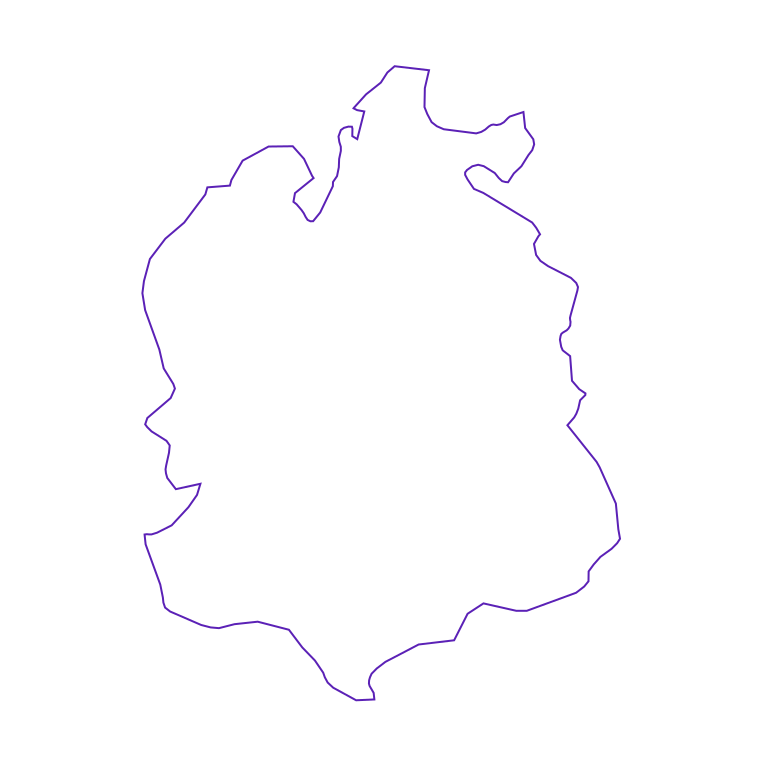 SVG path tracing the border of Zürich, rotated 5°
{"feature_id": "CHE-176", "entity_name": "Zürich", "entity_type": "Canton", "adm_level": 1, "iso_a3": "CHE", "parent_name": "Switzerland", "parent_adm1": "", "projection": "orthographic", "projection_center": [8.664, 47.43], "detail": "fine", "context": "isolated", "style": "outline", "palette": "violet", "viewbox_px": 768, "rotation_deg": 5, "n_neighbors": 0, "source": "natural_earth", "source_scale": "10m", "svg_char_len": 2558}
<svg xmlns="http://www.w3.org/2000/svg" viewBox="0 0 768 768"><g transform="rotate(5 384 384)"><path d="M336.0,142.4L340.6,114.2L333.3,113.5L329.6,112.0L329.7,111.8L340.9,97.0L354.6,84.0L360.2,73.4L366.9,66.5L401.5,67.5L398.9,85.7L400.2,104.6L403.6,111.3L408.6,119.0L414.2,122.6L421.3,125.0L454.0,126.3L458.9,124.4L462.6,121.8L466.0,118.3L468.3,116.6L470.3,116.0L473.7,116.2L477.3,115.1L480.6,112.8L484.2,108.4L486.0,106.6L499.2,100.9L502.3,116.7L511.4,127.2L512.7,132.2L511.3,138.1L508.0,143.2L501.9,155.1L495.0,162.9L490.0,172.2L487.4,172.2L484.0,171.6L480.4,168.8L476.0,164.2L464.4,158.3L458.7,157.4L453.0,159.4L448.1,163.5L446.4,166.1L446.6,168.6L449.4,172.9L456.6,181.8L466.3,185.0L517.5,210.2L522.0,215.1L526.4,221.3L524.9,223.4L521.2,231.4L524.3,242.2L529.1,247.7L537.2,252.3L561.0,262.0L566.7,266.6L568.8,270.5L568.5,274.1L563.9,299.2L563.5,302.0L563.9,304.2L564.4,305.8L564.4,307.3L564.4,309.6L562.9,312.7L561.3,314.6L557.7,317.2L556.3,318.6L555.7,320.8L555.4,324.6L557.3,331.5L559.1,334.9L567.0,340.0L571.0,364.4L579.0,372.2L585.5,375.8L585.5,377.5L580.8,383.1L579.7,391.5L578.2,396.8L576.4,400.7L570.3,409.1L602.6,443.1L606.1,448.2L625.4,482.9L630.1,508.3L632.6,517.6L630.1,522.3L625.1,528.3L614.7,537.3L608.7,545.4L604.2,552.8L604.9,562.7L601.1,568.3L593.6,575.2L546.0,597.5L535.5,598.4L502.2,593.9L487.3,605.6L476.2,633.2L441.2,640.5L409.6,660.7L401.6,668.0L396.9,673.7L395.6,677.4L395.0,680.5L395.1,683.7L396.0,686.1L400.6,692.6L401.9,699.1L383.8,701.5L359.9,691.0L353.9,686.3L350.6,681.3L348.6,676.9L339.3,665.5L325.6,653.6L310.7,637.1L278.9,631.8L256.0,636.3L240.9,641.6L232.5,641.6L222.9,640.0L190.8,629.3L185.4,625.8L183.3,621.0L182.3,615.9L178.6,603.3L160.5,564.5L158.6,554.8L160.8,554.3L163.3,554.3L165.5,554.1L170.9,551.9L184.8,543.3L199.9,523.8L207.4,510.8L209.8,499.4L185.8,506.9L176.3,496.5L174.6,492.0L173.8,488.1L174.1,484.2L175.8,471.3L175.9,463.9L172.3,459.6L156.6,451.5L151.9,447.6L149.6,445.0L151.2,438.5L172.7,416.6L176.1,406.8L174.1,402.3L163.2,387.7L157.2,369.3L139.6,331.2L135.4,314.6L135.9,302.4L139.9,279.9L153.5,258.3L170.9,240.6L189.5,210.7L190.9,203.5L213.2,199.8L214.2,194.1L223.7,173.8L248.3,157.5L272.4,155.1L284.7,166.7L294.2,182.9L295.9,185.0L278.7,201.6L277.9,210.4L281.3,212.6L286.7,217.9L289.2,220.9L291.3,224.3L293.6,227.2L296.5,228.3L299.2,228.0L305.5,218.7L315.8,191.4L315.6,187.2L319.1,181.0L320.1,172.1L319.7,163.7L320.7,155.5L320.3,151.4L318.4,146.8L317.1,141.4L318.9,134.8L321.8,132.3L326.1,130.7L329.6,130.5L330.3,132.4L330.8,139.8L336.0,142.4Z" fill="none" stroke="#5b21b6" stroke-width="2"/></g></svg>